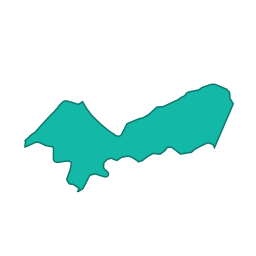 Al Idia, North Kordufan, Sudan, rotated 207°
{"feature_id": "16777658B26107376384565", "entity_name": "Al Idia", "entity_type": "district", "adm_level": 2, "iso_a3": "SDN", "parent_name": "Sudan", "parent_adm1": "North Kordufan", "projection": "natural_earth1", "projection_center": [27.878, 11.926], "detail": "fine", "context": "isolated", "style": "filled", "palette": "teal", "viewbox_px": 256, "rotation_deg": 207, "n_neighbors": 0, "source": "geoboundaries", "source_scale": "gbopen_adm2", "svg_char_len": 2181}
<svg xmlns="http://www.w3.org/2000/svg" viewBox="0 0 256 256"><g transform="rotate(207 128 128)"><path d="M45.2,197.3L45.3,197.3L51.2,201.2L51.9,203.1L53.9,206.0L57.9,207.3L62.1,207.0L67.0,206.7L70.2,206.4L73.4,204.9L75.6,202.7L80.5,197.5L82.3,193.9L84.0,192.6L90.1,187.9L91.7,185.6L91.9,183.4L92.2,182.4L94.2,179.7L96.7,175.3L97.7,174.0L98.3,173.3L101.2,169.6L106.1,163.2L111.7,159.8L115.4,150.0L117.2,147.0L119.3,143.8L122.7,140.9L130.8,131.4L130.8,118.4L132.0,116.7L134.6,115.7L144.4,116.8L147.4,117.5L151.0,118.3L154.6,119.2L165.7,122.6L173.7,126.5L180.5,130.8L182.1,127.6L184.1,126.1L186.0,126.0L188.8,125.5L194.0,124.5L196.3,123.6L197.7,122.1L199.4,117.2L199.9,113.7L201.2,108.9L202.8,104.0L204.7,97.6L205.4,95.1L206.4,91.3L207.1,88.7L208.6,82.8L208.8,81.9L209.8,80.4L211.5,77.1L212.1,74.9L214.0,70.2L213.3,69.5L211.3,64.4L211.2,64.3L208.5,67.4L206.5,69.9L204.5,72.6L202.1,74.4L201.9,74.5L198.4,75.0L194.0,74.9L188.5,76.3L186.0,77.4L183.7,73.2L180.2,66.1L178.2,64.8L177.2,64.9L176.0,65.2L174.8,65.6L174.7,65.6L171.6,67.9L168.4,70.1L166.6,71.3L166.4,71.5L163.8,71.8L162.5,71.1L161.7,68.7L160.4,63.6L159.8,58.4L159.3,54.7L159.0,54.2L158.6,53.8L156.5,52.3L155.6,51.9L154.6,51.6L151.3,52.9L148.1,52.5L144.3,52.0L144.0,48.7L143.2,49.2L140.7,53.3L140.5,57.6L140.6,64.4L140.7,68.5L136.3,72.3L130.1,73.2L126.2,74.0L124.4,75.4L124.2,76.7L124.6,78.5L125.7,79.3L127.8,80.1L130.8,80.8L132.3,82.4L133.7,86.2L132.3,90.5L129.2,93.6L126.7,93.6L123.1,94.1L120.4,99.1L117.5,101.2L115.7,102.6L113.7,103.4L111.7,103.7L110.0,103.5L107.6,103.3L105.1,103.1L103.4,102.5L101.5,104.5L100.3,105.3L100.2,105.7L100.0,106.6L99.8,107.0L98.4,109.8L97.3,112.0L93.9,116.9L90.5,118.1L87.7,119.1L85.7,122.7L84.6,125.7L84.1,128.8L81.6,130.1L79.6,130.6L69.4,128.6L66.0,131.1L64.2,132.5L60.6,135.0L58.5,139.9L54.1,146.2L50.1,151.1L44.8,151.9L42.2,150.0L42.1,149.9L42.1,150.1L42.1,150.3L42.2,152.1L42.5,156.4L42.6,158.0L42.6,158.8L42.8,160.8L42.8,161.1L43.0,164.4L43.1,165.2L43.4,170.3L43.4,170.7L43.8,175.8L44.1,181.1L44.3,184.2L44.5,187.5L44.7,189.8L44.7,190.5L44.8,191.5L44.9,192.3L44.9,192.7L45.0,194.2L45.0,194.8L45.1,195.7L45.2,197.1L45.2,197.3Z" fill="#14b8a6" stroke="#0f766e" stroke-width="1.5"/></g></svg>